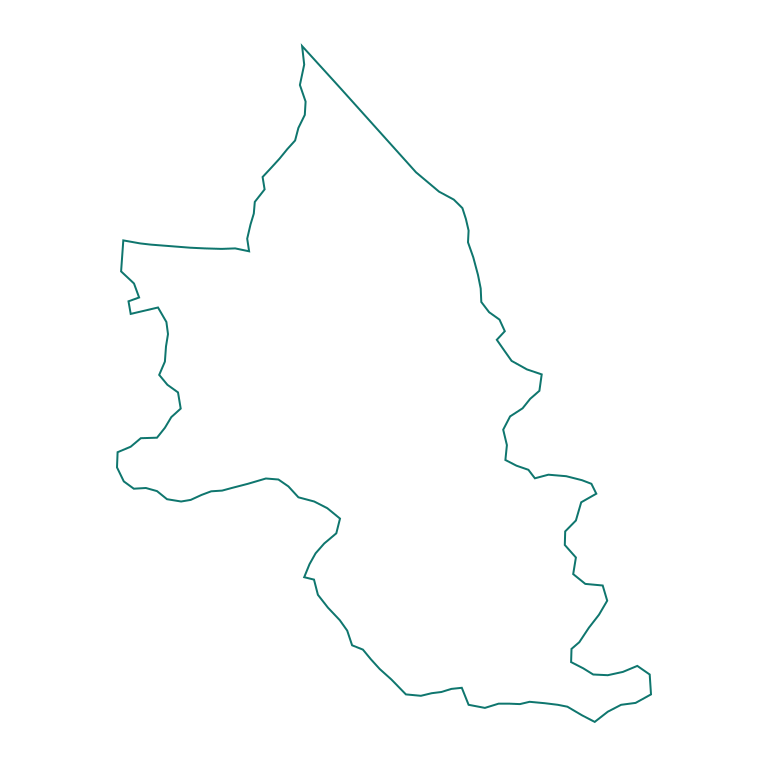 outline of Tanguá, Rio de Janeiro, Brazil
{"feature_id": "56859067B54555511090464", "entity_name": "Tanguá", "entity_type": "district", "adm_level": 2, "iso_a3": "BRA", "parent_name": "Brazil", "parent_adm1": "Rio de Janeiro", "projection": "robinson", "projection_center": [-42.724, -22.773], "detail": "fine", "context": "isolated", "style": "outline", "palette": "teal", "viewbox_px": 768, "rotation_deg": 0, "n_neighbors": 0, "source": "geoboundaries", "source_scale": "gbopen_adm2", "svg_char_len": 1995}
<svg xmlns="http://www.w3.org/2000/svg" viewBox="0 0 768 768"><path d="M352.1,645.3L362.9,649.6L370.9,659.3L379.7,669.0L391.4,679.5L405.9,694.4L420.9,695.8L431.7,693.2L441.3,692.0L451.4,688.9L461.8,687.8L468.6,704.8L484.9,707.9L498.5,703.7L510.1,703.7L519.9,704.1L529.6,701.8L544.7,703.2L557.8,704.8L567.4,706.7L582.0,715.3L594.7,721.9L607.8,711.7L621.1,704.8L635.6,702.9L651.0,694.4L649.7,674.5L637.3,665.9L622.9,671.9L607.8,675.2L593.2,674.5L583.2,668.3L571.1,662.1L571.5,648.9L579.3,642.2L588.9,627.7L599.0,614.7L607.2,600.7L602.7,585.5L585.3,583.9L573.2,574.1L575.9,557.5L564.8,545.0L565.2,531.4L575.9,520.5L581.2,502.3L596.3,493.7L591.4,483.8L582.0,480.2L566.2,476.2L548.4,474.7L534.9,478.3L528.4,469.8L516.5,465.7L505.4,460.0L506.9,445.1L503.2,429.7L510.1,416.4L522.6,408.3L530.2,398.8L539.4,390.8L541.7,374.4L526.9,369.4L511.6,360.9L504.4,350.7L496.8,339.8L504.8,331.2L499.5,319.6L489.1,312.2L481.3,302.0L480.7,288.5L478.0,275.0L473.3,257.4L468.0,242.3L468.6,230.6L465.9,219.0L462.4,208.1L453.8,199.6L439.1,191.7L416.0,172.3L338.8,86.4L302.1,46.1L304.2,64.6L299.9,85.0L305.6,101.6L304.8,114.9L298.4,127.9L295.1,140.5L287.4,149.0L279.4,158.8L271.0,168.0L262.6,177.0L264.6,189.4L254.8,201.9L253.8,213.6L250.5,224.5L247.2,238.7L249.1,251.3L235.2,248.4L221.6,248.9L204.8,248.4L190.1,247.7L150.6,244.6L140.1,243.4L123.3,240.4L121.1,271.4L134.0,283.5L139.1,297.5L128.5,301.3L130.7,313.9L158.0,307.5L166.4,322.0L168.0,334.1L166.0,346.4L164.9,361.6L159.2,374.9L167.4,384.8L178.0,392.4L180.7,408.6L171.3,417.1L164.9,427.8L157.0,437.7L140.8,438.2L130.7,446.7L117.6,452.2L117.0,467.4L123.8,481.4L133.8,488.7L145.9,488.0L157.0,491.1L167.0,499.2L181.1,501.5L190.7,499.9L201.6,494.9L211.2,491.3L222.1,490.6L231.7,488.0L247.9,483.8L265.9,478.5L278.4,479.5L288.4,486.4L298.4,497.3L314.2,501.5L327.3,508.2L340.0,518.6L336.3,533.3L324.2,543.5L315.6,553.3L309.5,564.2L304.2,577.2L314.0,579.6L317.9,594.8L327.9,607.6L339.8,620.2L347.2,630.6L352.1,645.3Z" fill="none" stroke="#0f766e" stroke-width="2"/></svg>